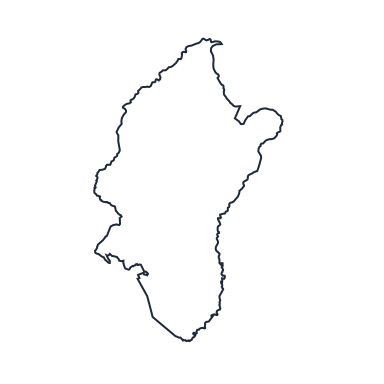 outline of Tonatico, México, Mexico, rotated 243°
{"feature_id": "50627088B30233935700687", "entity_name": "Tonatico", "entity_type": "district", "adm_level": 2, "iso_a3": "MEX", "parent_name": "Mexico", "parent_adm1": "México", "projection": "mercator", "projection_center": [-99.634, 18.777], "detail": "fine", "context": "isolated", "style": "outline", "palette": "slate", "viewbox_px": 384, "rotation_deg": 243, "n_neighbors": 0, "source": "geoboundaries", "source_scale": "gbopen_adm2", "svg_char_len": 6051}
<svg xmlns="http://www.w3.org/2000/svg" viewBox="0 0 384 384"><g transform="rotate(243 192 192)"><path d="M86.7,169.1L91.1,175.6L92.0,175.8L92.6,175.4L94.1,175.5L94.7,176.4L96.4,177.0L97.0,176.6L97.9,176.7L98.8,177.2L98.1,178.0L98.6,178.4L101.4,179.6L100.1,181.1L100.4,181.8L101.4,182.8L102.6,183.0L103.2,182.2L103.4,181.4L104.4,181.1L105.8,181.1L106.9,182.3L107.1,183.0L107.8,183.4L108.1,184.1L108.8,184.5L111.4,184.3L111.5,185.1L112.5,185.9L113.0,185.7L113.5,184.9L114.3,185.0L114.4,185.6L114.0,186.6L114.6,186.9L115.0,186.5L115.7,184.2L116.3,184.2L119.0,185.7L121.7,186.1L122.9,186.9L122.9,187.3L124.4,188.5L126.3,188.0L127.9,187.2L129.1,187.0L130.6,187.3L131.5,187.8L132.4,188.6L134.5,191.7L135.6,192.5L137.0,192.8L139.2,192.8L139.8,193.3L140.5,195.0L142.2,195.0L143.0,195.3L143.4,196.2L143.2,197.5L144.0,197.9L145.2,197.3L146.4,197.5L148.9,198.9L149.5,199.6L149.9,201.8L150.4,202.5L152.0,202.8L155.1,202.7L156.5,202.9L156.9,203.2L155.7,205.4L156.3,206.3L157.5,206.2L159.1,206.8L158.4,210.4L157.9,211.2L158.2,212.1L159.1,213.0L159.2,213.6L158.9,214.6L159.1,215.4L161.7,216.8L161.8,218.2L162.3,218.9L164.2,219.5L164.8,220.5L165.0,221.6L164.5,222.9L164.7,225.0L167.1,230.8L168.9,233.0L170.7,234.4L171.5,234.8L172.2,237.9L173.8,241.1L174.3,241.4L175.7,241.4L176.7,241.7L177.5,242.3L177.7,243.6L177.8,246.5L178.1,247.2L178.5,247.7L180.6,248.9L181.3,250.0L181.4,252.1L181.2,254.7L181.6,255.9L181.1,259.7L185.2,263.9L191.0,269.1L192.9,269.9L197.9,269.5L198.9,270.0L200.9,271.5L201.7,272.8L201.9,274.1L203.0,274.6L203.6,275.7L203.0,277.4L204.3,280.9L204.3,282.7L203.9,285.0L202.9,287.1L202.5,289.7L203.7,292.9L204.5,294.0L205.8,294.2L206.1,295.8L205.9,297.7L206.2,298.4L209.6,300.0L211.2,301.9L211.2,303.0L212.5,303.3L213.8,304.7L215.0,305.2L216.6,304.7L217.3,305.1L219.4,305.6L221.6,304.0L223.7,303.4L225.4,303.1L228.7,301.2L229.6,299.4L232.7,296.1L233.6,294.4L234.5,291.6L234.6,289.2L234.1,287.5L233.9,285.4L234.4,283.8L234.6,282.3L233.3,277.9L234.0,276.4L232.0,272.4L229.3,268.9L230.3,266.4L233.7,265.9L238.1,263.6L246.6,273.9L248.4,269.5L249.8,268.2L252.5,267.4L254.3,266.5L255.6,266.6L259.3,265.4L261.8,265.3L262.9,264.9L264.3,264.8L265.7,265.3L267.6,266.3L268.0,266.9L269.4,267.3L270.2,267.1L271.7,268.1L272.9,268.1L273.6,267.5L275.5,266.8L282.0,266.5L282.5,267.9L283.7,268.8L285.2,268.6L286.5,267.6L288.6,267.2L291.4,267.2L293.0,267.5L295.7,268.7L300.4,271.5L303.8,272.6L305.6,272.8L308.4,272.6L310.6,273.7L311.7,274.7L312.6,276.7L312.6,279.5L312.4,281.0L310.3,285.6L312.2,285.4L313.1,285.0L314.3,283.5L315.8,281.0L316.3,278.1L316.6,277.4L317.4,277.1L319.0,277.8L320.1,277.5L320.4,276.8L320.2,275.9L320.5,273.7L323.3,271.9L323.6,271.4L323.7,271.0L322.0,267.5L321.7,265.6L322.3,262.9L322.7,257.9L323.4,256.0L323.6,254.4L323.6,253.0L322.5,251.3L321.8,251.0L320.3,250.9L319.3,250.2L319.3,249.8L320.6,248.4L320.9,247.6L320.5,246.0L319.8,246.0L317.4,244.4L315.7,242.9L315.6,242.2L316.7,240.3L315.4,238.6L314.2,236.3L313.1,232.2L313.0,229.9L313.7,227.9L312.7,225.4L312.4,223.9L313.6,221.2L312.9,218.8L312.9,217.5L312.7,217.0L311.8,216.4L311.2,216.2L308.5,216.0L306.8,214.6L306.9,213.3L306.6,213.0L308.1,212.1L308.7,211.2L308.2,210.4L307.1,209.5L306.8,208.6L307.7,206.6L307.2,205.8L305.1,203.3L305.0,201.7L305.5,200.7L306.3,199.9L306.7,198.0L307.8,196.0L308.1,194.4L307.2,192.5L306.5,189.8L304.7,189.3L304.4,189.0L304.3,187.4L304.6,186.0L302.5,183.8L301.7,182.1L301.5,181.0L301.8,179.9L301.7,179.0L301.3,178.6L299.7,178.3L299.4,176.5L300.2,173.8L299.9,170.9L299.2,169.0L298.5,168.7L296.3,170.1L295.0,170.2L294.0,170.0L293.3,169.5L292.7,168.6L292.2,166.8L289.8,163.1L286.6,160.9L285.1,160.5L284.4,159.9L282.9,156.2L279.8,152.1L279.0,151.9L275.9,152.1L270.6,149.3L262.4,146.8L261.5,146.2L260.2,144.5L259.8,142.5L258.5,142.0L258.1,141.4L257.8,139.5L257.9,138.8L257.6,138.2L256.0,136.9L255.7,136.0L255.8,134.2L253.4,131.6L254.4,129.5L254.8,129.0L254.8,128.4L254.4,127.4L253.2,126.4L252.1,124.9L252.6,122.0L253.6,119.6L252.2,117.4L251.9,116.3L250.6,115.6L249.8,113.9L248.0,114.5L246.6,113.4L245.7,112.0L244.8,112.1L241.6,108.4L240.6,108.3L240.2,107.4L239.7,107.9L239.0,106.6L237.5,105.4L235.5,104.7L233.4,105.6L232.0,105.6L231.3,106.6L230.0,107.9L229.4,107.9L228.7,107.1L227.0,106.8L226.6,106.8L225.9,107.5L225.6,107.3L225.2,107.4L223.5,108.6L221.9,110.8L221.9,111.3L221.6,111.4L221.4,112.0L220.1,112.5L219.7,113.6L217.7,113.9L216.7,114.2L215.0,115.7L214.6,116.4L213.8,116.7L209.8,115.6L208.5,116.1L206.4,116.4L204.5,117.2L203.8,117.9L202.1,118.1L201.6,115.8L196.2,113.4L195.6,112.1L197.6,109.7L197.6,108.9L198.3,107.1L198.2,103.8L191.5,96.2L191.5,94.5L191.1,94.3L189.5,90.8L187.8,84.2L186.7,83.3L186.4,82.6L185.4,82.2L183.9,79.8L183.7,79.0L182.5,78.4L181.4,78.4L180.3,79.2L179.1,80.7L177.9,81.1L175.1,82.6L173.8,83.8L171.5,83.7L166.7,85.6L166.1,86.5L167.9,87.5L171.1,87.0L174.3,87.2L173.9,87.5L173.5,89.2L174.2,90.7L171.2,91.8L169.9,93.7L168.0,95.7L167.5,95.6L165.6,96.2L163.7,96.0L162.4,97.8L161.9,99.7L160.5,98.8L157.5,98.1L154.6,97.8L153.7,98.2L151.5,100.4L151.5,101.2L152.8,103.0L153.0,105.7L152.6,106.0L152.8,106.3L152.5,108.0L153.0,108.9L153.0,109.7L152.7,110.3L152.1,110.0L151.6,110.4L151.3,110.9L151.2,112.5L150.4,113.4L142.4,113.3L142.2,114.5L141.9,114.8L139.3,115.7L138.8,115.4L138.2,114.2L138.9,113.9L140.2,111.9L142.1,111.8L142.6,106.3L139.2,106.1L139.4,104.1L119.4,104.8L98.5,100.2L71.3,111.7L68.1,114.4L67.5,115.6L64.1,116.5L64.5,116.9L62.6,118.7L62.7,119.0L61.7,119.5L61.5,120.0L61.5,121.0L61.1,121.0L60.5,121.7L60.6,122.0L60.3,122.6L60.7,123.0L60.4,123.9L60.6,124.7L61.9,126.6L61.9,128.3L62.7,129.7L64.6,128.7L65.6,129.0L65.7,129.7L65.5,130.2L64.8,130.4L63.9,131.3L64.0,131.8L64.1,132.2L65.6,132.6L66.8,134.1L66.2,135.7L66.7,136.5L66.7,137.0L66.4,139.3L64.7,141.4L64.7,141.8L65.3,142.2L66.2,142.3L67.3,143.2L69.3,144.1L69.8,145.6L69.0,148.2L71.7,153.7L71.8,152.9L73.0,153.0L73.3,153.6L73.0,154.7L73.2,155.4L72.6,156.7L71.1,158.2L71.0,158.8L71.4,159.2L73.4,159.2L74.7,160.2L74.9,163.0L74.6,163.4L75.0,164.0L75.7,164.5L79.0,165.1L79.7,166.1L81.1,166.3L82.5,167.9L83.6,168.0L86.7,169.1Z" fill="none" stroke="#1e293b" stroke-width="2"/></g></svg>